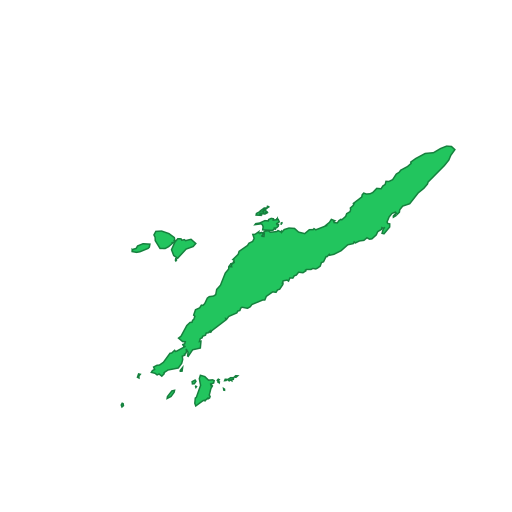 Cebu, Cebu, Philippines, rotated 214°
{"feature_id": "2640588B97548260432831", "entity_name": "Cebu", "entity_type": "district", "adm_level": 2, "iso_a3": "PHL", "parent_name": "Philippines", "parent_adm1": "Cebu", "projection": "robinson", "projection_center": [123.887, 10.469], "detail": "fine", "context": "isolated", "style": "filled", "palette": "green", "viewbox_px": 512, "rotation_deg": 214, "n_neighbors": 0, "source": "geoboundaries", "source_scale": "gbopen_adm2", "svg_char_len": 6136}
<svg xmlns="http://www.w3.org/2000/svg" viewBox="0 0 512 512"><g transform="rotate(214 256 256)"><path d="M277.7,101.0L274.1,102.3L271.5,102.1L270.4,104.0L266.9,103.7L266.3,107.0L267.0,107.9L265.2,112.3L257.8,119.7L257.6,125.5L258.9,129.2L261.1,131.7L259.6,133.9L260.4,134.6L259.7,135.5L260.1,137.9L262.0,139.9L258.5,138.2L256.8,134.9L256.1,134.9L256.1,142.8L250.7,148.6L254.0,154.6L255.1,153.4L256.0,156.3L254.9,158.1L255.4,159.6L253.6,162.1L254.2,164.3L252.7,165.5L252.2,167.9L251.7,167.1L251.4,167.0L250.7,168.1L251.0,169.1L245.3,186.0L246.2,187.1L245.0,187.1L244.8,190.7L240.1,198.1L240.3,200.2L238.9,201.8L239.5,204.1L239.0,205.7L233.8,207.9L232.4,210.7L232.3,213.5L225.9,223.2L224.1,224.5L224.9,228.3L222.1,235.6L219.1,237.1L219.2,239.9L217.8,241.7L217.8,247.3L218.4,248.6L219.0,248.3L219.6,250.6L216.8,253.4L215.0,253.4L215.6,256.8L213.1,258.3L213.2,261.1L211.9,262.7L211.6,266.4L207.7,268.4L206.4,271.6L207.1,271.9L206.7,273.0L202.9,275.6L201.9,277.5L199.2,278.7L198.2,280.5L197.1,283.5L198.1,287.1L196.8,289.0L197.6,294.7L196.7,295.2L196.2,298.3L195.4,297.8L192.4,300.9L188.4,308.0L186.2,316.6L182.3,320.7L182.5,322.6L181.0,322.3L178.6,326.4L175.3,329.3L174.2,333.2L171.3,333.4L169.5,335.0L168.1,340.6L168.7,344.2L166.9,348.2L167.5,350.0L165.7,350.1L165.3,351.9L165.5,349.3L164.2,345.3L162.3,346.0L161.4,354.8L163.1,357.4L165.0,356.6L166.4,357.5L167.5,362.8L167.1,367.3L165.0,370.4L162.2,369.5L161.6,372.5L162.7,374.7L162.3,379.4L157.8,385.3L156.8,399.1L154.7,406.0L154.1,411.5L154.7,413.5L150.4,436.2L149.8,443.3L150.8,448.3L150.6,455.4L155.2,456.1L159.4,453.7L163.1,448.3L166.6,440.9L173.1,435.6L178.1,426.1L180.2,420.4L179.2,419.4L180.4,414.9L184.0,408.1L184.1,405.5L185.5,402.4L185.4,395.7L187.5,392.1L190.0,390.6L188.9,387.5L190.0,385.0L189.9,381.7L193.7,379.6L194.7,373.9L196.2,371.4L199.1,369.1L201.9,368.4L202.2,366.1L201.3,364.1L204.6,354.3L204.0,354.4L203.7,352.1L204.6,348.5L203.6,347.6L202.8,345.4L204.5,341.8L203.8,339.0L205.1,334.0L206.1,333.9L207.0,331.8L207.1,328.9L209.9,327.3L210.9,328.0L210.3,329.3L214.0,328.5L213.9,325.0L215.2,320.6L214.6,321.0L214.4,320.8L221.1,311.1L223.2,311.1L223.3,309.9L226.5,307.6L228.1,301.8L234.1,299.6L239.5,300.4L244.3,297.6L247.4,293.7L248.0,289.9L248.8,290.7L248.9,289.8L252.0,289.4L252.4,287.9L257.3,283.7L260.0,283.8L262.1,281.9L263.1,279.7L261.7,279.3L260.3,276.6L261.6,275.9L262.2,276.6L262.5,275.1L262.1,278.5L264.8,278.5L265.1,277.5L265.5,278.3L265.3,277.3L267.0,276.6L267.3,277.6L268.9,273.4L270.7,272.1L267.4,269.6L266.9,266.2L269.0,262.6L268.9,260.0L272.6,250.4L271.7,247.4L273.2,240.1L272.0,240.3L270.9,239.0L272.0,238.9L270.9,238.6L271.0,237.3L271.3,237.3L271.7,236.8L271.4,236.2L272.5,235.5L272.2,235.1L271.3,236.3L271.2,237.2L270.9,237.3L271.7,235.1L270.1,233.5L272.3,232.2L272.5,234.7L272.6,231.9L271.4,230.0L271.9,224.7L269.1,211.9L269.9,206.3L267.8,201.5L268.8,199.0L272.0,196.2L272.8,193.9L271.9,187.9L272.3,185.5L273.8,184.7L273.7,181.5L276.1,177.6L274.6,172.1L273.0,171.9L272.1,168.6L272.6,167.3L272.0,165.2L273.5,164.1L274.5,159.7L273.3,147.6L274.3,144.6L269.0,144.0L266.7,145.4L266.0,143.3L267.6,141.1L266.6,141.8L265.2,140.6L264.6,141.4L264.2,141.2L268.6,132.7L269.4,131.8L270.7,132.3L271.7,128.2L272.9,127.3L273.3,116.1L275.1,111.5L277.0,110.0L278.8,106.7L276.6,105.3L277.8,103.1L277.7,101.0ZM339.8,208.6L335.5,211.4L333.7,214.8L332.3,220.0L332.6,220.3L332.7,220.1L332.9,220.2L331.0,222.2L329.6,214.0L324.5,210.4L319.7,210.3L317.8,222.7L313.4,228.7L312.9,232.7L319.2,233.5L323.0,229.3L324.5,229.5L326.3,227.6L327.8,228.3L330.5,226.6L331.0,222.2L332.6,223.1L332.3,223.8L334.0,225.6L340.7,225.9L348.2,223.9L352.8,220.4L352.4,216.4L350.1,215.1L348.1,212.4L339.8,208.6ZM219.5,123.9L220.9,124.2L220.7,124.0L220.6,123.3L222.0,124.4L220.1,127.0L221.0,129.3L222.7,129.1L225.9,126.5L231.0,127.4L235.4,126.0L234.4,122.6L229.6,117.8L226.4,105.4L226.9,104.3L224.4,99.7L222.1,98.0L218.9,106.8L217.4,107.4L218.2,108.4L217.3,107.9L216.4,111.3L215.8,110.9L215.1,112.4L215.5,113.9L217.0,114.6L219.3,120.9L219.5,123.9ZM274.4,281.4L269.9,285.4L268.5,285.6L266.4,284.2L265.1,281.4L257.6,285.8L256.6,286.7L257.0,287.3L256.4,286.9L256.3,287.0L256.1,289.3L255.5,289.0L254.3,288.8L256.2,289.5L254.7,290.8L254.2,293.2L254.9,294.7L256.2,293.7L257.0,294.4L255.8,297.3L258.1,298.8L258.8,298.0L259.3,298.8L259.3,297.8L259.8,298.9L259.2,297.6L261.8,295.4L262.4,296.6L264.4,295.7L265.9,293.3L265.4,292.0L268.4,290.3L271.4,285.4L274.3,282.7L274.4,281.4ZM361.6,192.9L360.8,193.2L361.8,192.6L361.8,191.9L362.2,192.0L361.2,190.4L357.1,192.2L354.6,194.6L349.7,202.0L349.4,203.7L350.6,206.5L356.5,203.0L359.8,198.1L359.6,195.2L361.6,192.9ZM278.8,290.0L274.9,292.3L276.4,293.0L276.3,293.8L275.4,293.8L275.6,292.6L275.2,294.1L273.9,292.7L275.1,294.1L273.1,295.3L273.1,295.5L273.3,295.5L273.7,295.6L272.1,295.7L270.4,299.0L272.5,296.8L271.8,298.8L274.4,299.1L274.9,297.4L273.9,296.3L275.4,296.2L275.1,298.4L276.2,299.8L277.9,295.2L277.3,295.8L277.2,295.7L279.4,291.5L278.8,290.0ZM250.0,88.2L247.9,92.0L247.7,97.3L248.4,99.1L250.3,97.1L250.8,90.0L250.0,88.2ZM237.2,114.4L235.7,115.6L235.7,118.5L237.1,119.1L238.7,116.1L237.2,114.4ZM208.4,137.5L208.1,138.8L206.4,139.0L207.1,139.6L205.8,141.1L206.5,142.6L209.0,140.9L210.4,137.6L208.4,137.5ZM254.3,118.1L252.9,119.2L254.5,122.5L254.8,118.7L254.3,118.1ZM282.7,55.9L282.2,57.8L283.6,59.3L284.6,59.1L284.4,57.1L282.7,55.9ZM163.8,365.0L162.5,367.8L164.1,368.5L164.5,365.9L163.8,365.0ZM285.8,93.2L287.4,92.6L286.5,89.2L284.8,89.4L286.0,91.1L285.8,93.2ZM206.3,143.6L204.8,144.2L204.2,146.4L205.9,145.4L206.3,143.6ZM212.3,135.1L211.2,136.0L210.9,137.6L212.6,136.6L212.3,135.1ZM217.5,130.8L217.3,132.9L218.4,132.8L218.6,131.3L217.5,130.8ZM276.0,300.3L275.1,298.5L274.1,300.4L275.0,300.5L274.8,301.2L276.0,300.3ZM216.8,129.5L216.7,130.6L215.6,130.3L215.9,131.1L217.0,130.9L216.8,129.5ZM274.3,303.6L273.6,301.9L273.0,303.6L272.4,304.2L274.3,303.6ZM319.7,207.1L319.6,208.1L321.3,209.4L320.4,207.4L319.7,207.1ZM207.7,126.8L207.0,127.1L207.6,128.0L208.8,128.0L207.7,126.8ZM232.3,113.4L232.3,114.5L233.2,114.4L233.1,113.9L232.3,113.4ZM252.9,295.9L252.9,297.9L253.1,298.1L253.5,297.7L252.9,295.9Z" fill="#22c55e" stroke="#15803d" stroke-width="1.5"/></g></svg>